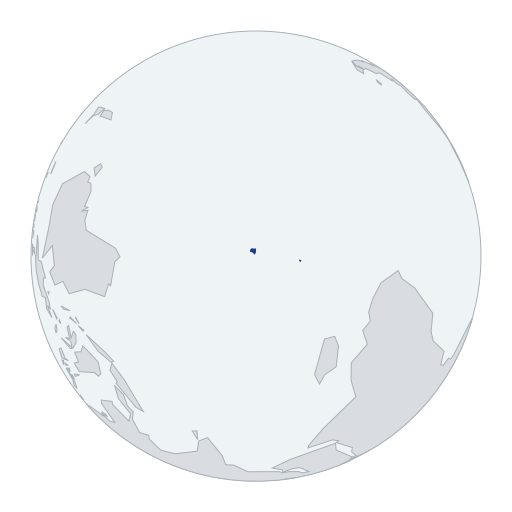 globe centered on French Southern and Antarctic Lands, rotated 184°
{"feature_id": "ATF", "entity_name": "French Southern and Antarctic Lands", "entity_type": "country or territory", "adm_level": 0, "iso_a3": "ATF", "parent_name": "Seven seas (open ocean)", "parent_adm1": "", "projection": "orthographic", "projection_center": [68.351, -48.018], "detail": "fine", "context": "on_globe", "style": "filled", "palette": "blue", "viewbox_px": 512, "rotation_deg": 184, "n_neighbors": 0, "source": "natural_earth", "source_scale": "50m", "svg_char_len": 6430}
<svg xmlns="http://www.w3.org/2000/svg" viewBox="0 0 512 512"><g transform="rotate(184 256 256)"><circle cx="256" cy="256" r="225" fill="#eef3f6" stroke="#a8b0b8"/><path d="M48.7,344.2L58.8,363.6L72.3,386.0L80.3,395.6L98.6,414.7L106.2,423.3L108.7,423.6L116.7,429.9L122.9,435.5L127.9,438.0L132.7,441.9L132.3,440.2L145.7,447.4L148.5,446.3L159.6,450.8L161.3,449.5L163.5,451.1L167.2,452.7L169.4,452.6L173.6,457.3L168.5,458.6L162.3,456.8L165.1,458.6L151.4,453.8L156.5,456.2L145.3,452.1L139.5,448.8L124.8,439.1L110.9,428.3L97.9,416.5L85.9,403.6L74.8,389.9L64.9,375.4L56.2,360.1L48.7,344.2ZM168.4,449.0L174.1,456.9L170.1,452.7L162.7,450.1L161.4,445.5L168.4,449.0ZM148.7,440.4L142.9,436.4L142.8,435.4L146.8,437.9L148.7,440.4ZM108.3,85.9L108.6,85.7L109.6,84.8L121.3,75.4L133.2,67.7L146.4,60.2L159.7,52.3L154.9,54.7L169.9,47.8L185.5,42.1L201.4,37.4L217.6,34.0L234.0,31.8L250.5,30.8L267.1,31.0L283.6,32.4L299.9,35.0L316.1,38.9L331.9,43.9L347.2,50.0L362.1,57.3L376.4,65.6L390.1,75.0L403.0,85.3L415.2,96.6L409.2,93.4L397.5,85.9L397.6,87.1L391.0,81.4L385.2,80.1L399.7,98.1L400.3,101.5L389.5,100.9L388.7,97.8L371.3,82.5L370.1,89.9L383.4,104.3L388.0,116.9L378.7,108.5L373.7,97.5L367.6,91.9L367.8,84.6L359.9,71.8L350.4,69.5L349.7,65.9L337.4,55.6L322.9,53.1L301.0,57.2L300.2,67.5L291.6,71.4L275.6,54.2L271.7,45.6L263.8,45.9L249.0,40.2L217.4,42.5L214.8,41.4L208.5,43.1L198.3,43.9L195.0,42.8L188.1,44.7L197.4,48.0L205.1,46.3L214.1,42.3L215.0,44.5L225.0,45.6L207.3,55.6L163.6,74.8L162.5,68.0L145.6,62.2L147.9,60.3L148.0,60.2L143.2,63.7L141.4,63.4L146.9,67.1L146.5,71.7L162.9,75.5L160.6,77.5L166.8,77.9L190.7,68.2L190.1,71.0L176.9,88.6L146.6,122.5L152.5,138.7L153.5,156.1L138.8,175.7L144.3,189.2L137.4,199.0L139.7,208.0L136.5,221.4L129.6,237.8L113.2,251.4L108.8,243.7L95.5,235.2L75.6,211.2L76.1,192.8L73.3,183.7L61.8,174.1L64.1,160.7L61.9,159.6L56.8,167.6L54.7,166.6L52.0,171.0L37.7,205.1L35.7,209.3L35.7,208.8L39.7,193.1L44.7,177.8L50.9,162.9L58.1,148.4L66.3,134.5L75.4,121.3L85.5,108.7L96.5,96.9L108.3,85.9ZM202.6,37.1L203.0,37.0L197.4,38.5L211.3,35.7L210.7,35.3L216.0,34.3L215.6,34.4L202.6,37.1ZM154.3,55.0L148.6,58.1L147.4,58.6L149.6,57.5L154.3,55.0ZM257.5,258.4L260.9,262.7L257.0,262.9L257.5,258.4ZM189.3,141.8L181.9,178.0L171.9,181.3L167.4,172.0L168.3,151.1L179.1,142.3L183.7,132.7L189.3,141.8ZM427.7,176.2L431.9,181.5L431.6,182.2L427.7,176.2ZM423.5,168.9L428.5,174.1L422.3,169.8L423.5,168.9ZM430.4,176.2L435.5,180.0L437.7,181.1L437.1,182.3L430.4,176.2ZM419.9,165.7L399.3,149.1L390.7,141.2L393.0,139.7L407.0,150.1L419.9,165.7ZM392.3,139.1L378.7,123.2L357.6,93.0L365.2,96.6L386.8,119.4L385.5,120.9L393.7,131.8L392.3,139.1ZM423.9,148.3L422.5,154.3L411.4,144.3L406.2,139.2L402.6,127.8L404.6,125.0L409.0,128.4L424.2,128.3L429.9,136.5L425.7,137.7L430.2,147.4L423.9,148.3ZM301.4,68.8L307.4,77.0L302.6,77.4L301.4,68.8ZM428.9,125.6L423.8,125.0L428.0,123.3L428.9,125.6ZM430.6,122.6L431.6,125.4L428.6,120.6L430.6,122.6ZM398.8,89.8L394.2,87.1L393.4,85.5L398.8,88.2L398.8,89.8ZM419.0,100.8L421.5,104.3L421.5,104.9L418.2,100.8L419.0,100.8ZM421.3,384.8L417.6,390.6L413.1,391.1L409.2,389.0L410.2,381.6L421.3,384.8ZM415.5,334.0L422.0,324.4L423.7,332.5L417.5,337.1L415.5,334.0ZM423.5,386.3L427.8,384.9L435.7,376.2L427.6,386.1L423.3,393.8L417.0,392.6L423.5,386.3ZM427.1,269.8L396.6,253.9L391.6,245.7L396.4,240.5L399.0,216.0L401.0,218.2L404.2,204.9L424.3,210.8L439.8,205.4L446.8,217.2L454.7,213.1L460.6,225.9L456.5,232.2L459.9,252.2L469.0,239.0L464.4,272.1L462.4,292.9L454.0,314.7L433.0,328.3L427.1,323.8L429.0,318.1L425.8,317.2L425.1,308.7L430.5,293.5L427.1,292.8L433.1,288.5L426.9,289.9L429.2,279.7L427.1,269.8ZM466.5,323.4L465.6,326.9L462.2,336.5L463.7,331.0L466.5,323.4ZM458.9,353.9L456.9,357.9L458.4,354.9L458.9,353.9ZM470.1,322.1L469.1,325.2L469.1,324.6L470.1,322.1ZM470.6,320.4L471.1,319.5L470.2,321.9L470.6,320.4ZM476.9,293.9L477.0,294.2L476.7,295.9L476.9,293.9ZM437.8,188.5L444.1,189.3L447.0,192.6L437.8,188.5ZM477.7,289.0L478.0,284.9L478.3,284.1L477.7,289.0ZM478.4,286.4L478.7,284.3L477.7,290.8L478.4,286.4ZM479.4,275.2L478.7,282.9L479.4,275.1L479.4,275.2ZM479.4,272.9L479.6,268.4L479.7,268.1L479.4,272.9ZM475.3,240.8L475.5,261.7L474.1,252.6L473.0,237.0L470.0,235.6L464.4,219.4L466.4,219.3L466.2,212.0L459.0,195.2L457.6,189.1L460.6,192.0L455.2,180.3L461.2,189.0L463.2,199.8L466.4,200.7L470.8,212.9L474.3,226.4L476.1,241.0L475.3,240.8ZM460.2,203.8L461.2,205.6L460.1,206.1L460.2,203.8ZM479.9,258.3L479.6,266.4L479.5,266.7L479.5,263.9L479.9,258.3ZM476.7,242.1L479.1,247.1L479.4,249.8L477.7,249.1L476.7,242.1ZM479.0,240.8L479.6,246.7L479.7,252.7L479.0,240.8ZM448.1,177.2L447.7,178.7L446.0,174.9L448.1,177.2ZM450.4,179.3L455.3,188.9L449.9,180.2L450.4,179.3ZM433.1,151.9L434.9,158.0L440.5,161.5L436.2,160.6L439.5,172.1L438.0,173.5L434.8,161.4L432.9,168.1L430.3,165.2L429.4,156.8L432.2,151.3L434.8,150.7L444.6,160.8L433.1,151.9ZM450.6,174.0L449.2,167.2L450.1,165.6L451.7,170.2L450.6,174.0ZM444.1,150.7L439.4,140.9L435.8,138.5L442.3,140.7L445.9,149.6L444.1,150.7ZM439.0,136.1L435.7,133.6L438.6,134.1L439.0,136.1ZM434.4,131.1L433.3,127.6L436.3,131.1L434.4,131.1ZM440.8,138.4L440.2,134.0L442.3,138.7L440.8,138.4ZM430.0,119.7L437.7,131.2L429.0,120.4L425.2,111.2L428.6,114.6L430.0,119.7Z" fill="#d9dde1" stroke="#a8b0b8" stroke-width="1"/><path d="M258.1,260.3L258.4,260.3L258.5,260.3L259.1,259.8L259.2,260.2L259.3,260.3L259.1,260.4L258.8,260.4L258.7,260.6L259.1,260.9L259.4,260.9L259.6,260.9L259.9,260.8L260.2,260.5L260.4,260.4L260.8,260.4L261.0,260.2L261.3,260.2L261.5,260.3L261.6,260.5L261.6,261.0L261.2,261.4L261.3,261.5L261.2,261.6L260.8,261.4L260.6,261.3L260.2,261.3L259.9,261.6L259.6,261.6L259.7,261.8L259.8,262.0L260.2,262.2L260.4,262.2L260.4,261.9L260.6,261.9L260.8,262.0L261.0,262.2L260.9,262.3L260.7,262.5L260.4,262.7L260.0,262.6L259.8,262.4L259.7,262.3L259.4,262.4L259.2,262.4L258.9,262.3L258.6,262.1L258.4,262.0L258.0,262.0L257.9,262.4L257.6,262.6L257.3,262.7L257.2,262.6L257.1,262.4L257.1,262.2L257.3,261.8L257.3,261.6L257.3,261.4L257.2,261.3L257.3,261.0L257.2,260.8L257.2,260.6L257.4,260.5L257.3,260.4L257.2,260.4L257.1,260.1L257.2,259.8L257.3,259.6L257.2,259.3L257.4,259.0L257.6,258.7L257.8,258.5L257.9,258.8L258.0,258.9L258.0,259.3L257.9,259.5L257.8,259.9L257.8,260.2L258.1,260.3ZM258.4,260.1L258.2,260.1L258.2,259.8L258.1,259.7L258.1,259.4L258.4,259.4L258.6,259.4L258.7,259.7L258.5,260.0L258.4,260.1ZM211.9,254.6L211.7,254.6L211.4,254.4L211.5,254.2L211.7,254.3L211.8,254.4L211.9,254.6Z" fill="#3b82f6" stroke="#1e3a8a" stroke-width="1.5"/></g></svg>